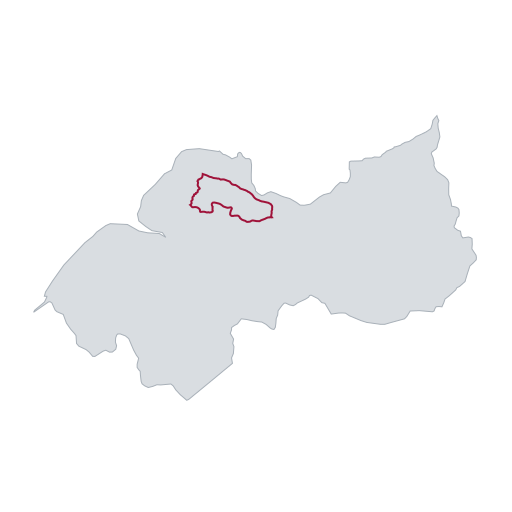 X-2 Torani/Bulletwood, Upper Demerara-Berbice, Guyana shown in context, rotated 272°
{"feature_id": "73187651B8767068866486", "entity_name": "X-2 Torani/Bulletwood", "entity_type": "district", "adm_level": 2, "iso_a3": "GUY", "parent_name": "Guyana", "parent_adm1": "Upper Demerara-Berbice", "projection": "orthographic", "projection_center": [-58.026, 5.32], "detail": "fine", "context": "in_parent", "style": "outline", "palette": "rose", "viewbox_px": 512, "rotation_deg": 272, "n_neighbors": 0, "source": "geoboundaries", "source_scale": "gbopen_adm2", "svg_char_len": 8012}
<svg xmlns="http://www.w3.org/2000/svg" viewBox="0 0 512 512"><g transform="rotate(272 256 256)"><path d="M147.9,236.2L135.3,222.0L122.7,207.8L110.3,193.7L109.4,191.8L114.7,185.2L119.4,180.5L123.3,177.8L125.1,175.4L123.8,165.1L123.9,161.5L122.1,157.4L120.8,152.9L122.4,149.2L124.3,146.6L126.7,145.6L132.6,144.7L136.7,144.3L138.1,142.9L140.5,141.1L143.7,141.0L149.8,142.3L152.6,140.0L157.7,137.0L169.0,131.7L171.6,128.3L173.4,123.0L173.2,120.4L172.1,119.5L169.3,118.6L165.0,118.5L161.5,119.8L157.9,119.1L155.0,115.8L154.8,113.0L156.6,109.2L155.6,106.6L150.0,98.5L150.0,96.3L154.1,92.6L156.5,89.5L159.7,82.1L162.3,79.7L170.2,78.9L172.2,77.3L176.3,73.4L182.3,68.9L190.9,65.4L193.4,58.9L195.0,57.1L201.9,53.7L203.1,51.9L202.9,50.3L192.0,35.7L194.1,36.7L202.6,46.2L207.4,48.3L208.4,48.4L208.4,45.9L212.7,46.9L223.9,53.5L240.3,64.3L263.4,84.6L269.9,92.3L274.4,96.0L281.2,104.9L283.2,109.2L283.0,126.4L276.9,138.1L275.4,146.9L275.1,158.5L271.5,165.2L276.2,161.6L277.7,151.1L281.7,144.7L286.9,137.7L293.8,136.0L301.3,139.0L307.3,139.5L312.7,141.6L324.0,152.8L335.0,161.7L339.0,168.8L350.7,172.4L357.7,178.0L359.9,182.8L361.3,195.6L359.1,214.8L359.7,215.8L356.5,219.5L356.0,222.0L353.9,226.2L352.3,228.5L354.6,233.9L357.3,234.1L358.3,234.8L359.0,235.8L358.8,236.9L357.8,237.9L355.3,239.2L352.9,242.3L353.1,245.7L351.6,247.5L346.7,248.4L337.3,248.4L332.6,248.6L328.9,249.2L326.4,251.4L323.3,252.9L320.9,253.3L318.7,255.8L316.6,259.5L317.3,261.9L319.5,265.2L320.8,268.6L319.1,274.0L317.2,278.3L316.1,281.5L314.6,287.7L311.0,294.5L308.4,298.3L308.4,302.6L309.7,308.5L317.1,317.3L319.6,321.4L321.6,328.1L328.4,333.3L332.6,337.6L332.2,343.2L332.8,345.0L335.4,346.4L338.6,347.5L342.1,347.4L345.3,346.9L346.0,346.1L353.3,346.0L354.1,347.4L354.6,355.5L354.9,358.7L356.6,360.1L357.6,362.1L357.7,363.9L358.0,368.4L359.1,370.8L359.0,375.6L359.7,377.4L361.7,378.6L364.3,382.0L365.2,382.5L365.7,383.7L367.9,388.6L369.0,390.1L369.8,390.3L370.1,392.0L371.7,396.6L372.8,397.7L374.8,401.1L375.7,404.8L378.4,408.9L381.1,411.9L382.4,414.9L385.9,421.6L389.3,426.2L393.9,427.5L397.8,428.1L400.2,429.9L402.6,431.9L400.0,432.8L397.7,434.0L394.6,433.1L390.2,433.6L385.6,434.9L381.4,435.6L373.4,433.5L371.0,433.2L369.3,432.3L366.0,428.1L364.4,427.6L360.2,429.6L355.0,430.9L352.5,430.7L349.6,432.1L346.8,434.0L341.6,442.0L338.9,444.9L335.9,446.2L330.1,446.2L323.9,446.5L319.2,448.4L314.8,449.4L312.7,449.6L311.9,454.0L310.9,456.1L309.5,457.2L306.1,457.6L303.1,457.4L301.2,455.6L297.8,454.7L294.8,454.0L292.8,452.9L291.2,453.2L289.9,455.1L288.8,456.6L287.9,459.5L283.3,460.5L281.3,462.1L282.4,467.6L281.9,469.7L280.9,471.3L275.3,471.7L270.6,471.5L267.8,473.5L264.4,475.9L262.3,476.3L259.9,476.2L256.7,473.4L253.5,470.1L245.6,467.8L237.8,465.8L232.7,460.5L231.4,457.9L229.0,456.7L222.9,450.4L219.6,446.4L215.9,445.3L211.7,443.6L211.9,440.7L211.6,437.8L209.8,436.7L207.3,435.9L206.4,434.3L206.6,430.6L207.1,421.1L206.4,412.0L200.8,408.8L198.4,406.6L194.2,393.1L192.2,387.0L192.1,382.5L193.5,369.0L195.1,363.2L199.5,351.5L202.0,347.5L202.1,344.6L201.9,340.7L200.6,333.2L208.0,328.5L211.1,326.5L211.7,323.4L215.6,319.4L217.4,315.5L218.8,312.5L218.4,310.9L216.7,310.0L214.7,307.1L210.5,298.9L208.9,297.2L207.6,294.9L208.3,291.3L210.0,287.3L209.8,285.7L207.2,283.5L202.0,280.0L197.7,279.7L194.3,278.4L189.4,278.2L185.4,277.8L183.2,276.5L183.6,274.3L184.6,272.6L188.0,268.5L190.2,264.1L190.5,259.7L191.2,254.0L192.2,249.1L192.7,243.5L187.5,239.8L185.8,236.8L183.7,234.1L181.3,234.1L177.8,233.0L172.2,236.5L167.8,235.8L164.7,237.1L157.8,236.8L153.3,235.1L147.9,236.2Z" fill="#d9dde1" stroke="#a8b0b8" stroke-width="1"/><path d="M295.2,270.5L295.8,270.0L296.3,269.9L296.8,269.8L297.4,269.8L297.9,269.9L298.4,270.0L299.1,270.1L299.7,270.2L300.5,270.0L301.1,270.0L301.7,270.1L302.2,270.3L302.9,270.5L303.5,270.5L304.4,270.4L305.0,270.5L305.6,270.5L306.3,270.4L306.8,270.2L307.3,269.8L307.8,269.4L308.4,268.9L308.6,268.4L308.9,267.9L309.2,267.3L309.5,266.7L309.7,266.1L309.8,265.4L310.0,264.5L310.1,264.0L310.2,263.3L310.4,262.5L310.5,261.9L310.6,261.3L310.7,260.6L310.7,260.0L310.9,259.5L311.2,258.3L311.5,257.7L311.8,257.1L312.0,256.4L312.3,255.6L312.6,254.6L312.9,254.1L313.3,253.5L313.6,253.1L314.0,252.6L314.5,252.2L315.0,251.7L315.6,251.3L316.2,250.9L316.6,250.5L317.1,250.1L317.6,249.6L318.2,248.8L318.5,248.3L319.0,247.8L319.3,247.2L319.7,246.6L319.8,246.1L320.0,245.6L320.4,245.2L320.7,244.7L321.0,243.9L321.3,243.3L321.5,242.8L321.6,242.3L321.8,241.5L322.1,240.8L322.3,239.9L322.5,239.1L322.7,238.6L323.0,237.8L323.4,237.4L324.0,236.8L324.4,236.3L324.8,235.5L325.3,234.8L325.7,234.1L326.1,233.3L326.3,232.9L326.3,231.6L326.5,230.8L326.6,230.2L326.8,229.6L327.2,229.2L327.7,228.7L328.1,228.3L328.5,227.9L329.0,227.6L329.4,227.3L329.6,226.8L329.9,225.9L330.2,225.0L330.4,224.3L330.7,223.6L330.9,222.9L331.1,222.3L331.3,221.7L331.4,221.0L331.4,220.4L331.4,219.9L331.3,219.3L331.3,218.7L331.1,218.2L331.4,217.5L331.7,216.9L332.0,216.3L332.1,215.5L332.0,214.7L332.2,214.0L332.3,213.3L332.3,212.6L332.4,211.9L332.4,211.3L332.5,210.7L332.7,210.2L332.9,209.6L333.1,209.1L333.3,208.5L333.4,207.7L333.5,207.1L333.8,206.3L334.0,205.8L334.3,205.3L334.6,204.6L334.9,203.8L335.2,203.0L335.4,202.3L335.6,201.5L335.9,200.5L336.1,199.9L335.5,199.9L334.9,199.8L334.4,199.7L333.9,199.7L333.3,199.6L332.8,199.3L332.2,198.9L331.7,198.4L331.5,197.9L331.2,197.4L330.9,196.9L330.5,196.4L330.5,195.9L329.7,195.4L329.2,195.1L328.7,194.9L328.2,195.3L327.6,195.5L326.9,195.5L326.2,195.4L325.5,195.3L324.8,195.2L324.2,195.5L323.7,195.6L323.2,196.0L322.8,196.3L322.4,196.7L322.0,197.1L321.6,197.4L321.1,197.2L320.7,196.7L320.2,196.0L319.7,195.7L319.1,195.5L318.6,195.5L318.0,195.5L317.5,195.1L317.2,194.5L316.9,193.8L316.3,193.6L315.8,193.5L315.7,193.0L315.6,192.3L315.2,191.9L314.7,191.8L314.2,191.9L313.7,191.7L313.4,191.2L313.1,190.8L312.4,190.5L311.7,190.4L311.1,190.6L310.6,190.7L310.0,190.6L309.4,190.1L309.0,189.7L308.5,189.4L307.9,189.5L307.1,189.7L306.5,189.8L306.0,189.6L305.5,189.2L305.1,188.9L304.8,188.5L304.5,189.0L304.0,189.3L303.5,189.6L303.0,190.1L302.6,190.6L302.5,191.2L302.6,191.9L302.7,192.6L302.8,193.1L302.8,193.7L302.7,194.5L302.6,195.2L302.4,195.7L302.1,196.4L301.7,196.9L301.4,197.4L301.0,197.8L300.3,198.3L299.6,198.4L299.1,198.4L298.3,198.7L298.1,199.2L298.2,199.8L298.3,200.5L298.4,201.1L298.4,201.9L298.4,202.5L298.4,203.0L298.2,203.7L298.1,204.2L297.9,204.9L297.8,205.5L297.9,206.1L298.1,206.7L297.9,207.3L297.8,207.9L297.9,208.5L298.0,209.0L298.1,209.7L298.4,210.3L298.8,210.9L299.2,211.1L299.8,211.2L300.3,210.9L300.9,210.9L301.4,210.9L301.9,210.9L302.5,210.9L303.0,210.8L303.6,211.0L304.1,210.7L304.8,210.3L305.4,210.1L306.1,210.0L306.7,210.1L307.2,210.4L307.6,210.8L307.9,211.2L307.9,211.8L308.0,212.5L307.9,213.1L307.8,213.7L307.7,214.4L307.5,215.2L307.3,216.1L307.2,216.8L307.0,217.3L306.8,218.1L306.4,218.8L306.0,219.5L305.5,220.2L305.0,220.9L304.6,221.3L304.3,222.0L304.1,222.4L303.9,223.3L303.7,223.8L303.6,224.3L303.4,224.8L303.3,225.5L303.2,226.0L303.3,226.6L303.4,227.3L303.6,228.1L303.7,228.6L303.8,229.2L303.5,229.7L303.1,230.0L302.5,230.2L302.0,230.0L301.3,229.7L300.7,229.4L299.9,229.2L299.2,229.0L298.6,228.8L297.9,228.8L297.3,228.7L296.7,228.7L296.2,229.0L295.8,229.3L295.4,229.8L295.2,230.3L295.2,230.9L295.2,231.5L295.3,232.1L295.5,232.9L295.6,233.7L295.6,234.5L295.7,235.3L295.7,236.2L295.5,237.0L295.0,237.6L294.5,238.1L294.0,238.4L293.5,238.6L293.0,239.2L292.5,239.8L292.0,240.4L291.7,241.0L291.5,241.7L291.2,242.3L291.1,242.9L290.9,243.6L290.7,244.2L290.2,244.9L289.9,245.4L289.8,246.0L289.8,246.6L289.9,247.1L290.0,247.8L290.1,248.6L290.3,249.1L290.6,249.6L291.0,250.1L291.2,250.6L291.4,251.3L291.4,251.8L291.3,252.5L291.2,253.1L291.1,254.0L291.0,254.5L290.9,255.1L290.9,255.9L290.9,256.6L290.9,257.6L290.9,258.2L291.2,258.8L291.5,259.2L291.8,259.7L292.1,260.4L292.5,261.2L292.6,261.7L292.9,262.3L293.1,262.8L293.3,263.4L293.6,263.9L293.9,264.5L294.2,264.9L294.4,265.4L294.7,266.0L294.9,266.6L295.0,267.4L295.0,268.0L295.3,268.6L295.2,269.3L295.1,269.8L295.2,270.5Z" fill="none" stroke="#9f1239" stroke-width="2"/></g></svg>